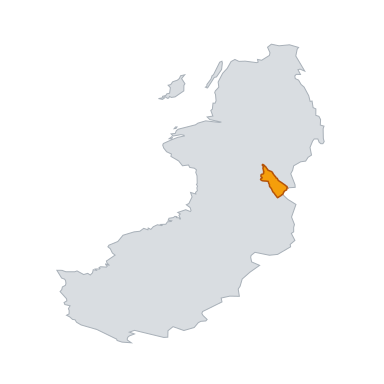 Malung-Sälen, Dalarna, Sweden (highlighted), rotated 186°
{"feature_id": "70781695B21384318328317", "entity_name": "Malung-Sälen", "entity_type": "district", "adm_level": 2, "iso_a3": "SWE", "parent_name": "Sweden", "parent_adm1": "Dalarna", "projection": "equal_earth", "projection_center": [13.492, 60.851], "detail": "fine", "context": "in_parent", "style": "filled", "palette": "amber", "viewbox_px": 384, "rotation_deg": 186, "n_neighbors": 0, "source": "geoboundaries", "source_scale": "gbopen_adm2", "svg_char_len": 5165}
<svg xmlns="http://www.w3.org/2000/svg" viewBox="0 0 384 384"><g transform="rotate(186 192 192)"><path d="M70.8,254.8L72.4,257.9L76.0,257.5L77.4,255.2L79.3,248.6L77.0,241.2L80.2,238.6L82.2,234.6L87.1,233.4L93.6,228.7L94.2,224.0L95.7,220.5L90.3,210.0L89.9,207.4L98.2,206.0L101.7,199.1L96.0,194.7L87.3,190.5L90.4,177.5L86.7,170.4L87.2,167.5L86.7,163.0L88.9,161.2L84.6,154.6L88.9,150.1L88.2,147.8L100.3,138.9L108.4,137.2L123.1,138.6L126.6,135.1L126.8,133.2L125.4,128.7L117.1,126.1L126.0,118.3L133.0,110.7L134.3,103.4L135.9,100.3L134.0,93.2L143.5,92.4L151.9,89.6L150.7,85.8L169.0,74.2L169.5,72.2L168.1,70.3L163.6,66.8L164.8,65.2L169.7,64.3L172.1,62.7L175.6,57.5L185.6,53.4L196.8,56.1L201.4,51.5L200.9,45.1L204.8,44.4L234.7,48.4L239.6,46.1L234.4,44.8L239.3,42.3L240.7,40.8L241.1,39.0L240.8,38.0L236.6,35.7L245.9,35.4L251.0,36.5L251.6,37.8L272.2,45.3L288.4,48.2L293.2,50.4L295.0,52.7L297.5,52.8L300.7,55.1L303.9,56.3L301.5,57.9L301.8,61.4L302.7,63.0L301.4,66.1L306.7,66.8L307.7,68.7L305.1,70.6L305.6,72.7L312.8,79.2L311.3,81.3L311.0,84.0L308.1,86.0L307.8,88.0L308.5,90.7L309.6,92.0L312.7,92.8L318.2,100.0L313.1,100.5L309.2,99.5L300.3,100.4L298.1,101.5L291.1,98.6L287.2,100.2L284.5,98.8L282.5,101.2L282.1,104.4L278.9,104.1L280.2,105.3L275.8,105.8L275.5,106.3L276.5,107.1L275.2,108.1L269.2,108.4L268.5,109.5L270.3,110.7L270.3,111.5L266.4,110.3L269.2,112.7L269.9,114.4L261.9,121.2L264.8,123.0L267.3,127.0L269.9,128.7L269.0,130.5L260.6,135.0L256.1,141.8L245.4,146.3L239.8,147.5L236.2,150.8L231.9,149.8L231.8,151.6L229.0,150.5L226.9,153.4L223.0,155.8L218.7,155.4L218.2,155.8L219.6,156.5L214.7,157.2L213.3,159.8L209.6,160.5L209.1,161.3L212.8,161.4L212.1,163.5L207.9,164.6L206.4,166.0L204.5,165.9L204.9,164.9L202.1,164.9L201.1,163.7L200.6,164.1L202.6,167.5L201.3,168.9L204.0,170.2L196.4,173.7L191.6,172.4L191.0,173.4L192.2,176.3L196.3,178.7L193.9,180.2L191.4,187.1L193.4,191.4L188.0,190.4L188.4,192.0L186.8,193.9L187.6,196.6L187.1,198.4L188.4,200.1L187.7,200.9L188.7,208.6L190.3,211.9L189.9,214.5L192.1,215.9L196.8,216.2L198.3,218.5L204.2,217.1L208.5,221.5L216.7,225.2L216.4,227.6L221.5,229.4L224.7,232.7L226.0,235.5L225.6,237.2L217.8,241.8L211.8,244.9L205.5,246.9L205.8,247.6L209.0,247.9L216.6,245.7L218.9,247.6L214.8,248.5L214.0,251.3L212.3,253.0L195.5,259.2L193.3,261.1L185.8,264.2L172.1,264.0L170.1,264.6L181.9,265.9L184.8,268.2L179.2,269.7L181.8,275.1L180.4,276.5L180.4,282.6L178.4,282.7L177.6,285.2L178.8,291.4L179.8,293.1L179.4,294.9L176.3,299.1L177.5,304.1L173.9,313.3L169.9,318.6L166.8,325.8L163.2,328.3L159.0,326.8L152.7,327.7L141.2,327.4L139.8,328.1L140.7,330.7L136.5,330.3L129.3,335.9L129.0,338.6L132.0,343.9L128.5,347.3L120.7,346.5L110.4,348.6L101.1,346.9L102.3,345.1L103.0,338.1L92.5,324.0L97.4,325.5L99.4,324.7L96.4,320.2L100.6,319.9L101.9,318.2L101.2,315.6L97.7,314.4L94.7,310.3L91.6,308.2L86.0,300.0L84.0,294.5L82.1,295.0L80.4,288.6L77.5,287.6L76.9,281.2L73.7,280.5L71.7,277.5L71.4,272.0L67.6,271.3L68.2,268.6L67.0,259.0L65.8,255.9L66.9,253.7L68.9,253.5L70.8,254.8ZM229.9,284.6L228.2,285.2L227.3,287.0L224.6,287.9L224.4,293.5L226.9,295.7L224.4,296.6L222.7,299.6L218.2,301.7L216.4,303.6L215.5,306.4L211.5,307.8L214.2,303.7L210.3,298.9L211.2,297.2L210.7,291.7L218.8,284.8L222.5,283.9L224.3,284.7L225.0,283.0L226.2,282.6L229.9,284.6ZM178.0,324.0L175.9,325.2L175.3,323.5L175.4,316.9L179.7,309.0L181.8,308.3L187.1,297.7L187.7,297.0L189.6,297.7L188.3,298.7L188.4,300.5L185.0,306.2L184.1,309.9L182.9,310.8L178.0,324.0ZM231.5,282.5L231.2,284.0L229.1,282.7L231.0,281.0L235.1,281.4L231.5,282.5ZM220.3,242.6L217.8,245.0L217.2,244.0L217.8,242.8L220.3,242.6ZM215.1,255.0L213.7,255.1L214.6,253.5L216.4,253.1L215.1,255.0Z" fill="#d9dde1" stroke="#a8b0b8" stroke-width="1"/><path d="M124.1,225.2L123.7,224.9L123.5,224.4L123.9,223.8L123.9,222.8L123.6,222.2L123.3,221.1L123.0,220.5L122.7,220.1L122.9,219.8L123.0,219.3L122.6,218.6L122.8,217.9L123.4,217.2L124.6,216.9L125.1,216.3L125.1,215.5L125.1,215.0L125.1,214.9L124.9,214.4L124.2,214.1L123.7,213.5L123.9,213.1L124.3,212.9L124.8,212.5L125.1,211.7L124.7,211.2L124.1,210.8L122.9,210.5L121.2,210.5L119.2,210.6L117.3,210.5L116.6,208.7L115.7,207.3L115.7,206.7L115.6,206.0L115.1,205.3L114.4,204.6L113.5,203.8L112.9,202.8L112.2,201.6L111.8,200.9L111.3,200.3L110.6,199.8L109.9,199.1L108.9,197.9L107.9,196.9L107.2,196.1L106.7,195.6L106.3,195.3L105.6,195.7L105.0,196.3L103.7,197.3L103.1,197.7L102.6,198.5L101.8,198.9L101.5,199.0L101.4,199.6L101.0,200.7L100.7,201.7L100.1,202.6L99.3,203.3L98.2,203.9L98.0,204.8L98.1,205.3L97.9,205.9L97.8,206.2L97.7,206.2L98.0,206.5L98.1,207.4L98.7,207.5L99.5,208.2L100.7,208.9L102.5,209.9L103.7,210.6L104.9,211.2L105.9,211.7L106.8,212.2L107.4,212.6L107.9,213.1L108.2,213.7L108.5,214.3L108.9,214.6L109.5,214.7L109.9,214.8L110.1,215.2L110.2,215.6L110.6,215.9L110.8,216.2L111.2,216.3L111.4,216.7L111.9,217.1L112.3,217.6L113.0,218.3L113.2,218.7L113.7,219.0L113.8,219.5L113.9,219.8L114.7,220.4L115.3,220.7L116.0,220.9L116.6,221.0L117.1,221.2L117.4,221.3L118.0,221.4L118.9,221.8L119.1,222.3L120.0,223.2L120.7,224.0L121.0,224.5L122.2,225.4L123.1,226.2L123.8,226.5L124.3,226.8L124.6,226.8L124.9,226.4L124.8,225.9L124.6,225.6L124.1,225.2L124.1,225.2Z" fill="#f59e0b" stroke="#b45309" stroke-width="1.5"/></g></svg>